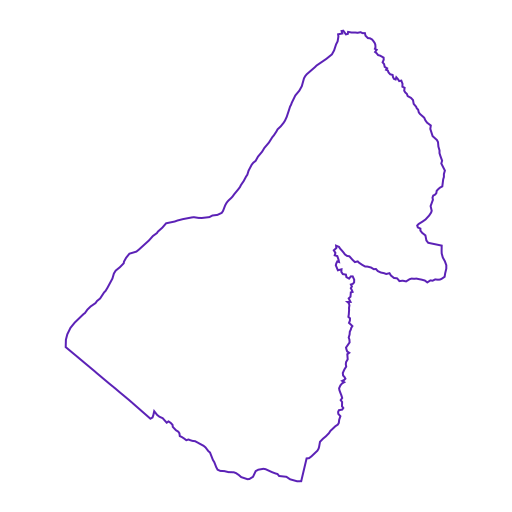 Araguacema, Tocantins, Brazil
{"feature_id": "56859067B99169235597900", "entity_name": "Araguacema", "entity_type": "district", "adm_level": 2, "iso_a3": "BRA", "parent_name": "Brazil", "parent_adm1": "Tocantins", "projection": "mercator", "projection_center": [-49.438, -8.91], "detail": "fine", "context": "isolated", "style": "outline", "palette": "violet", "viewbox_px": 512, "rotation_deg": 0, "n_neighbors": 0, "source": "geoboundaries", "source_scale": "gbopen_adm2", "svg_char_len": 4953}
<svg xmlns="http://www.w3.org/2000/svg" viewBox="0 0 512 512"><path d="M288.7,110.9L286.7,116.9L285.0,120.6L283.6,122.8L280.7,126.4L277.6,129.3L276.4,131.5L273.9,135.3L272.3,137.2L268.9,142.6L264.4,147.9L262.1,151.7L258.0,156.6L255.6,160.9L253.3,162.7L251.7,164.7L248.6,170.6L247.3,174.8L246.1,176.5L243.6,181.2L242.4,182.9L240.8,185.3L240.0,187.0L238.2,189.4L234.3,194.1L232.5,196.6L231.3,197.9L228.7,200.3L227.5,201.6L226.4,203.1L225.2,205.3L223.0,211.0L221.7,212.9L217.4,214.9L212.4,215.5L209.4,217.1L201.7,218.0L198.5,217.9L193.9,217.2L192.0,217.4L183.0,219.1L177.5,220.5L174.8,221.5L166.1,223.3L162.3,227.7L157.9,231.6L156.9,233.1L152.9,236.0L148.9,240.5L139.0,249.5L136.4,251.6L129.4,253.7L126.1,257.8L124.0,261.6L123.7,263.3L119.9,267.2L115.7,270.6L113.9,273.5L112.4,278.6L107.4,287.9L105.5,291.0L104.1,292.4L100.1,298.5L97.0,301.0L95.5,303.1L90.7,306.4L87.4,309.6L84.9,313.1L83.5,314.1L74.8,322.5L70.5,327.8L67.3,334.3L65.9,339.7L65.7,347.1L94.7,371.3L96.5,372.9L108.9,383.3L115.9,389.0L119.5,392.1L128.8,399.8L150.4,418.7L152.5,417.5L153.4,414.9L154.2,411.2L157.1,414.9L159.4,416.7L162.7,418.2L166.7,422.7L168.5,421.4L170.7,422.9L172.5,424.8L172.8,426.9L175.9,430.2L178.3,431.7L179.4,433.3L179.8,436.1L181.6,436.9L184.1,438.5L186.3,440.2L188.5,439.5L190.2,440.2L192.5,440.9L195.1,441.2L203.7,445.9L205.5,447.4L208.4,451.2L210.0,452.5L212.9,459.9L214.3,462.2L215.2,464.5L216.2,467.1L217.6,469.7L220.3,470.9L224.3,471.1L228.4,472.1L233.8,472.3L236.0,473.1L238.8,475.0L241.2,477.1L247.5,479.2L249.4,479.0L253.0,476.8L255.7,471.1L258.3,469.7L263.4,468.8L265.6,469.2L271.9,472.1L275.6,473.5L277.5,474.0L279.1,476.0L286.4,476.8L290.1,479.3L297.2,481.3L301.2,481.2L306.6,458.4L309.0,458.2L311.4,456.4L315.7,452.3L317.4,450.7L318.6,448.6L319.1,446.8L320.0,441.8L323.0,438.7L325.9,436.3L329.0,433.1L330.4,430.9L335.4,426.2L337.8,424.6L338.8,422.9L339.2,419.7L340.4,416.2L338.3,413.9L338.1,412.0L338.9,410.2L342.2,409.6L343.3,408.0L342.0,406.3L342.1,402.0L340.7,400.1L342.2,398.0L341.4,395.4L340.3,392.6L339.4,390.1L339.1,388.3L340.4,385.4L342.1,383.4L344.2,382.2L342.2,380.9L344.1,380.0L345.4,378.7L344.4,376.9L343.1,375.5L342.8,373.0L344.4,369.4L346.2,366.6L345.8,364.1L346.1,362.0L347.7,359.3L347.3,354.2L349.2,352.8L347.2,351.5L346.5,349.6L346.0,347.6L349.6,342.4L349.4,339.5L348.7,337.6L349.6,334.5L349.8,331.7L350.8,329.6L351.3,327.8L352.4,326.1L350.9,324.6L349.0,322.9L349.9,320.6L350.0,318.3L348.4,316.9L348.8,314.4L349.1,309.9L349.0,307.9L349.4,305.4L348.9,303.2L347.5,302.0L350.5,301.9L348.7,298.4L350.5,296.7L350.8,292.4L352.6,291.9L351.7,289.8L350.8,288.2L351.9,286.5L350.9,284.5L352.9,283.8L354.1,282.4L354.2,279.7L352.7,276.4L350.8,276.4L349.1,278.6L346.4,277.1L345.9,274.6L342.8,274.1L341.3,271.8L341.5,269.3L337.9,270.3L335.8,265.3L336.3,263.4L337.3,261.4L339.0,262.0L338.5,259.6L337.3,256.1L334.7,255.3L335.4,252.9L333.8,250.3L336.3,248.1L336.1,245.7L339.0,246.9L340.1,248.6L342.0,250.7L343.6,252.6L344.9,254.4L347.0,255.9L349.4,256.3L352.4,259.7L354.9,262.1L357.7,261.4L359.0,262.7L362.1,264.8L365.1,266.5L367.5,266.6L371.0,267.5L373.8,269.2L375.9,269.0L377.8,271.1L380.8,272.5L384.1,273.2L386.2,274.0L389.5,273.2L390.9,275.5L394.0,278.0L397.0,278.3L398.3,279.7L399.4,281.1L402.7,280.7L406.1,281.4L409.6,279.2L411.6,278.6L414.2,278.8L416.4,278.6L419.3,279.2L421.4,279.6L424.8,280.5L427.3,282.4L430.4,280.4L432.6,280.7L435.2,279.4L437.7,279.7L439.8,279.6L441.5,278.9L444.6,276.8L445.2,273.2L446.3,268.6L446.3,265.2L444.9,261.3L442.8,257.5L441.7,253.5L441.6,250.8L441.7,245.6L428.2,242.8L426.4,240.5L425.4,235.4L422.1,232.8L420.4,230.6L420.4,228.6L417.8,227.4L417.2,225.5L418.6,224.0L422.5,221.6L425.5,219.5L429.1,215.6L431.1,212.6L431.7,210.8L430.6,206.1L432.9,199.8L432.5,197.6L433.2,195.6L435.1,194.6L436.3,193.2L436.7,190.8L438.2,189.2L439.9,187.7L442.3,186.4L443.2,179.3L443.9,177.0L443.9,174.0L444.9,170.6L441.3,163.5L442.1,160.7L440.4,156.0L439.5,153.2L439.5,150.4L438.4,146.6L438.0,142.1L436.9,140.0L432.6,136.1L430.3,128.9L430.8,125.5L427.1,122.7L425.4,120.4L424.2,117.7L420.0,114.0L418.8,112.4L418.1,109.6L416.8,108.4L416.1,106.7L414.9,105.3L413.7,103.9L413.0,100.1L411.0,97.9L407.7,96.1L406.8,93.8L405.3,92.5L404.2,90.7L404.6,87.8L402.4,86.7L402.5,83.8L401.3,80.6L399.2,81.1L397.9,79.1L396.3,77.3L395.6,79.5L394.0,78.9L393.0,77.1L392.6,74.9L390.2,74.3L388.5,72.4L387.8,70.5L386.1,69.8L387.1,68.3L384.7,66.9L384.1,64.1L382.6,62.3L383.7,59.8L383.6,57.6L380.0,55.6L378.1,55.1L376.5,53.1L375.1,52.0L376.7,49.8L374.9,48.8L375.5,47.2L375.3,44.6L374.7,43.0L373.4,41.1L372.1,39.5L370.0,38.3L367.9,38.1L365.5,35.7L364.9,33.1L362.4,33.1L360.6,32.2L357.6,32.8L355.2,32.5L351.4,32.5L348.1,31.9L347.8,33.9L345.9,34.4L344.6,32.5L343.3,30.7L341.6,31.0L342.3,33.5L338.1,34.3L338.4,36.6L337.6,41.4L336.1,44.3L334.1,50.4L331.9,54.4L326.3,58.9L316.6,65.5L314.9,67.2L306.8,74.2L305.3,76.0L304.0,78.3L301.8,86.2L299.3,90.7L295.3,95.5L293.8,98.6L291.8,102.7L291.0,104.9L290.1,106.5L288.7,110.9Z" fill="none" stroke="#5b21b6" stroke-width="2"/></svg>